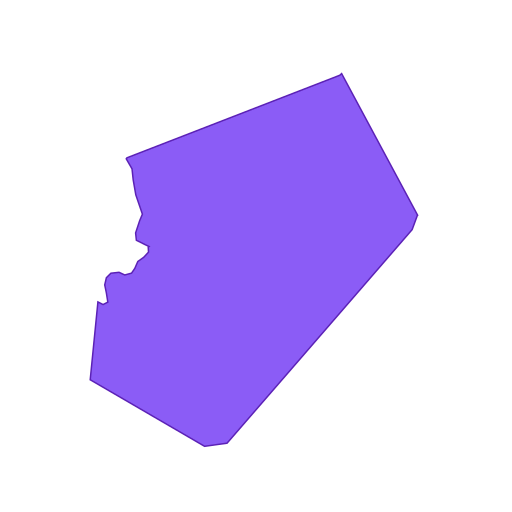 outline of Mocha, Soufrière, Saint Lucia, rotated 283°
{"feature_id": "8701671B91684501452899", "entity_name": "Mocha", "entity_type": "district", "adm_level": 2, "iso_a3": "LCA", "parent_name": "Saint Lucia", "parent_adm1": "Soufrière", "projection": "albers", "projection_center": [-61.025, 13.831], "detail": "fine", "context": "isolated", "style": "filled", "palette": "violet", "viewbox_px": 512, "rotation_deg": 283, "n_neighbors": 0, "source": "geoboundaries", "source_scale": "gbopen_adm2", "svg_char_len": 622}
<svg xmlns="http://www.w3.org/2000/svg" viewBox="0 0 512 512"><g transform="rotate(283 256 256)"><path d="M98.1,122.3L76.3,192.8L59.0,248.7L67.1,269.9L316.8,402.2L331.9,404.1L332.1,404.3L452.3,299.0L453.0,298.4L451.0,297.0L322.7,108.2L321.5,107.7L313.0,115.6L302.6,119.2L288.6,125.1L271.2,135.9L264.2,134.7L251.4,133.5L244.4,135.9L242.1,145.5L241.2,149.7L240.3,149.0L235.6,150.4L229.5,146.9L224.1,142.1L216.7,140.7L211.3,138.6L208.0,132.4L209.3,126.2L206.6,118.5L201.2,115.1L193.8,115.1L186.4,118.5L177.7,122.0L174.3,117.9L175.7,112.3L171.8,112.8L98.1,122.3Z" fill="#8b5cf6" stroke="#5b21b6" stroke-width="1.5"/></g></svg>